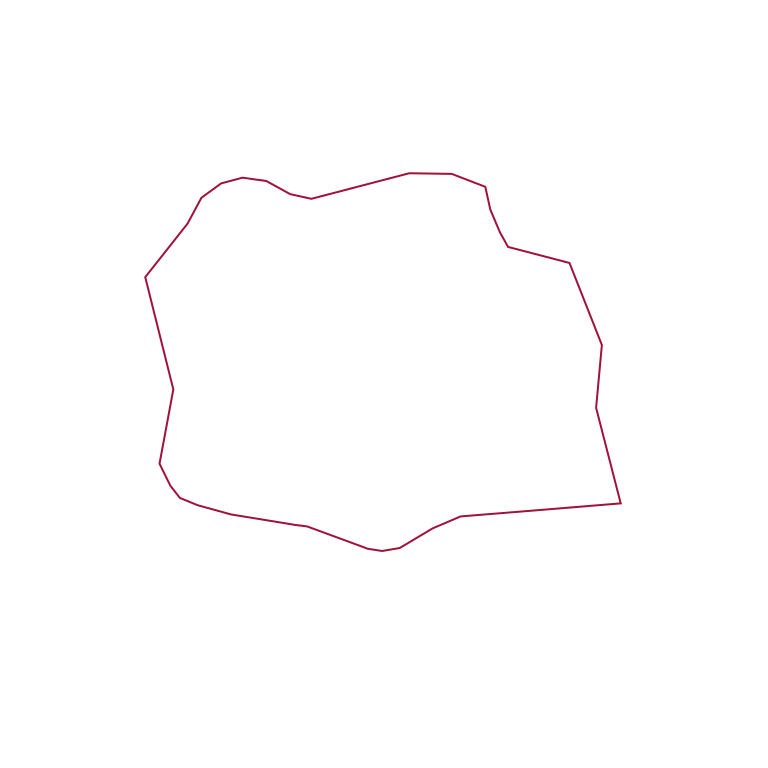 the border of Duplek, rotated 309°
{"feature_id": "SVN-948", "entity_name": "Duplek", "entity_type": "Municipality", "adm_level": 1, "iso_a3": "SVN", "parent_name": "Slovenia", "parent_adm1": "", "projection": "orthographic", "projection_center": [15.768, 46.508], "detail": "fine", "context": "isolated", "style": "outline", "palette": "rose", "viewbox_px": 768, "rotation_deg": 309, "n_neighbors": 0, "source": "natural_earth", "source_scale": "10m", "svg_char_len": 550}
<svg xmlns="http://www.w3.org/2000/svg" viewBox="0 0 768 768"><g transform="rotate(309 384 384)"><path d="M218.7,403.9L186.3,347.1L172.5,315.4L167.0,297.1L170.5,282.0L180.8,259.7L247.2,223.7L316.8,131.2L385.0,130.4L413.9,124.9L437.4,131.2L455.3,144.2L467.7,164.8L472.5,191.6L482.2,211.0L563.7,271.0L589.9,304.4L601.0,338.6L586.5,356.8L574.8,378.7L568.6,394.2L594.8,452.0L551.4,528.8L499.0,563.8L440.2,643.1L329.2,526.8L302.3,512.6L266.4,499.4L253.1,487.7L245.8,475.2L224.9,413.8L218.7,403.9Z" fill="none" stroke="#9f1239" stroke-width="2"/></g></svg>